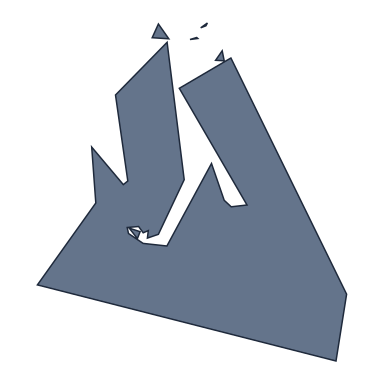 outline of Yamal-Nenets
{"feature_id": "RUS-2382", "entity_name": "Yamal-Nenets", "entity_type": "Autonomous Province", "adm_level": 1, "iso_a3": "RUS", "parent_name": "Russia", "parent_adm1": "", "projection": "albers", "projection_center": [74.427, 67.879], "detail": "coarse", "context": "isolated", "style": "filled", "palette": "slate", "viewbox_px": 384, "rotation_deg": 0, "n_neighbors": 0, "source": "natural_earth", "source_scale": "10m", "svg_char_len": 665}
<svg xmlns="http://www.w3.org/2000/svg" viewBox="0 0 384 384"><path d="M91.7,147.1L123.3,184.6L127.8,181.0L115.5,95.0L167.1,42.3L184.2,179.7L158.4,234.3L147.4,238.1L148.3,230.6L143.2,232.8L138.6,226.5L127.2,227.5L128.5,233.5L143.1,243.4L166.9,246.0L211.5,163.5L224.2,200.3L231.2,206.8L247.0,205.0L179.3,88.3L230.9,58.0L346.6,294.2L336.0,361.0L37.4,284.9L95.8,203.0L91.7,147.1ZM158.4,24.0L168.8,38.8L152.2,37.7L158.4,24.0ZM222.2,50.8L224.2,60.8L215.6,60.3L222.2,50.8ZM140.1,231.7L137.4,238.6L129.2,228.1L140.1,231.7ZM190.0,39.5L196.7,37.5L197.8,38.5L190.0,39.5ZM207.4,23.0L205.9,25.8L200.7,27.8L207.4,23.0Z" fill="#64748b" stroke="#1e293b" stroke-width="1.5"/></svg>